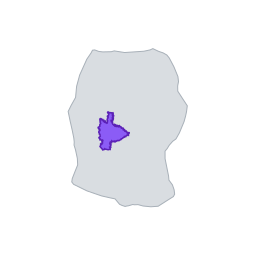 Likolobeng, Maseru, Lesotho (highlighted), rotated 317°
{"feature_id": "5366337B98429078950414", "entity_name": "Likolobeng", "entity_type": "district", "adm_level": 2, "iso_a3": "LSO", "parent_name": "Lesotho", "parent_adm1": "Maseru", "projection": "robinson", "projection_center": [27.995, -29.48], "detail": "fine", "context": "in_parent", "style": "filled", "palette": "violet", "viewbox_px": 256, "rotation_deg": 317, "n_neighbors": 0, "source": "geoboundaries", "source_scale": "gbopen_adm2", "svg_char_len": 6465}
<svg xmlns="http://www.w3.org/2000/svg" viewBox="0 0 256 256"><g transform="rotate(317 128 128)"><path d="M162.3,166.6L156.3,168.5L155.5,168.7L151.6,168.2L146.5,168.7L142.5,169.8L139.3,170.2L134.2,175.7L124.9,190.8L122.4,194.0L121.7,199.9L119.6,204.6L117.0,208.2L114.4,209.1L106.6,207.6L96.7,205.8L91.0,201.2L85.8,195.3L83.1,190.9L80.3,188.5L79.3,187.2L75.3,185.2L73.7,184.1L72.4,183.4L70.8,180.5L69.8,178.0L70.2,171.0L67.3,166.9L62.4,159.7L59.3,153.9L55.1,146.0L52.5,139.2L49.8,132.1L50.1,129.1L52.7,127.0L60.2,123.4L66.0,120.7L70.2,115.7L74.7,108.2L76.9,103.7L79.1,101.6L81.5,98.4L85.8,91.4L90.4,83.5L95.5,75.1L101.8,72.7L110.5,69.9L118.8,62.5L128.8,56.3L144.8,49.6L152.3,47.9L155.1,46.9L156.9,48.2L158.8,52.0L161.5,55.2L167.8,60.8L170.5,62.2L177.0,70.5L184.0,76.2L192.0,82.7L197.5,86.0L200.3,86.9L202.6,92.7L204.9,97.0L206.2,101.1L205.9,105.0L203.3,114.6L199.6,124.4L196.6,128.5L193.0,131.1L189.5,135.0L188.1,142.9L186.5,152.2L181.9,156.0L178.3,158.5L173.3,161.6L162.3,166.6Z" fill="#d9dde1" stroke="#a8b0b8" stroke-width="1"/><path d="M124.1,132.9L123.9,132.5L124.0,132.4L124.5,132.5L124.9,131.9L125.4,132.5L125.7,132.2L124.8,131.2L124.7,130.9L124.5,131.0L124.2,131.3L124.0,131.2L124.3,130.4L124.4,130.0L124.2,129.4L124.6,129.2L124.6,128.8L124.3,128.7L123.8,128.8L123.7,128.6L123.5,128.1L123.6,127.7L124.2,127.4L124.3,127.1L124.2,127.0L123.8,127.1L123.4,126.2L123.5,126.2L123.8,126.5L124.1,126.4L123.8,126.0L123.7,125.6L124.3,125.2L124.4,124.9L124.3,124.7L123.9,124.4L123.8,124.0L123.1,123.8L123.0,123.6L123.1,123.4L123.6,122.8L123.7,122.4L123.5,122.0L123.2,121.9L122.8,121.7L122.7,121.1L122.8,120.8L123.3,120.7L123.4,120.4L123.2,120.2L122.8,120.3L122.4,120.4L122.1,120.6L121.7,120.6L121.6,120.3L122.2,119.5L121.9,118.7L121.6,118.7L121.7,119.1L121.3,119.1L120.8,119.2L120.6,119.1L120.6,118.9L120.9,118.6L120.9,118.3L120.2,118.3L119.7,118.1L119.6,117.9L119.7,117.7L121.0,117.8L121.2,117.6L121.2,117.3L121.1,117.1L120.9,117.0L120.3,117.2L119.7,117.2L119.6,116.9L119.6,116.7L119.9,116.6L120.4,116.6L120.7,116.1L120.4,115.9L120.0,116.0L119.5,115.9L119.6,115.3L119.4,114.9L119.6,114.6L119.7,113.9L120.1,113.8L120.4,113.5L120.2,113.0L120.2,112.9L120.5,112.9L120.7,112.7L120.3,112.1L120.7,112.1L120.8,111.4L121.0,111.7L121.4,111.8L121.6,111.4L121.9,111.3L122.0,111.4L121.9,111.9L122.0,112.1L122.3,111.8L122.7,111.8L122.9,111.7L122.7,111.1L122.9,111.1L123.1,111.2L123.5,111.2L123.8,111.0L123.6,110.5L123.5,110.2L124.1,110.5L124.3,110.4L124.2,109.9L124.5,109.5L124.7,109.0L125.0,109.1L125.0,109.4L125.5,109.5L125.6,109.3L125.3,109.0L125.2,108.5L125.4,108.5L126.0,108.9L126.2,108.3L125.6,108.3L125.4,108.1L125.5,107.9L125.8,108.2L126.1,107.8L126.6,107.7L127.0,107.3L126.6,106.8L126.7,106.7L127.1,106.8L127.2,106.7L126.9,106.6L126.9,106.4L126.7,106.3L126.8,106.2L126.7,105.9L126.4,105.8L126.0,105.4L125.8,104.9L125.4,104.8L125.1,104.3L124.8,104.1L124.7,103.3L124.6,102.9L124.1,102.5L123.8,102.6L123.5,102.9L123.5,103.6L123.7,104.1L123.5,104.8L122.9,104.9L122.4,105.4L121.8,105.4L121.3,105.2L121.1,105.4L121.2,105.6L120.7,105.6L120.5,105.9L120.7,106.4L121.0,106.4L120.7,106.8L120.2,106.9L120.0,107.1L119.7,107.1L118.8,107.3L118.6,107.5L118.6,107.8L118.3,108.1L118.2,108.6L116.3,110.2L115.8,110.1L115.8,109.8L115.6,109.6L115.8,109.2L115.8,108.7L115.5,108.8L115.5,108.4L115.0,108.3L114.9,108.1L115.0,107.9L115.4,107.9L115.6,107.8L115.2,107.7L114.8,107.5L115.0,107.2L115.6,106.9L115.3,106.7L115.5,106.1L115.1,106.3L114.8,106.2L115.1,105.9L115.2,105.7L115.1,105.4L114.8,105.3L114.8,105.0L114.9,104.9L114.8,104.7L114.2,104.7L114.6,104.5L114.5,104.4L114.5,104.2L114.3,104.0L114.7,103.9L114.5,103.7L114.6,103.4L114.8,103.4L114.7,103.0L114.7,102.8L114.6,102.6L114.4,102.6L114.3,102.4L114.1,102.2L113.4,102.3L113.2,102.8L112.8,103.1L112.6,103.6L112.1,104.0L112.1,104.7L111.4,105.0L111.4,105.4L111.1,105.6L111.0,106.2L109.7,106.3L109.5,106.7L109.0,106.9L108.7,107.4L108.5,107.6L106.9,107.2L106.6,107.9L106.2,107.7L106.1,108.1L106.1,108.5L106.0,108.9L106.3,108.9L106.6,109.3L106.5,109.5L106.0,109.9L106.2,110.2L105.9,110.6L105.5,110.7L105.2,110.5L104.7,110.5L104.0,110.9L103.7,111.2L103.8,111.5L103.5,111.8L103.3,112.5L102.9,112.9L103.2,113.3L103.1,113.7L102.4,114.5L102.2,114.9L102.0,115.2L100.3,115.1L100.0,115.4L100.2,115.8L100.1,116.1L100.2,116.3L100.1,116.5L99.9,116.6L99.8,117.2L99.6,117.4L100.2,117.6L100.2,118.3L100.0,118.7L100.2,119.0L100.8,119.3L101.2,119.4L101.2,119.6L100.9,119.7L100.4,119.7L99.9,120.1L100.0,120.2L99.8,120.2L99.8,120.7L99.3,121.4L99.1,121.2L98.7,121.3L98.4,121.1L98.3,121.4L98.2,121.4L98.2,121.6L97.9,121.8L98.0,121.9L97.8,122.0L97.6,121.7L97.6,121.4L97.4,121.3L97.4,121.0L97.1,120.9L96.8,121.2L96.5,121.9L96.1,122.1L95.8,122.1L95.1,122.3L94.9,122.4L94.8,122.9L94.9,123.4L94.8,123.6L94.8,124.7L94.7,125.6L94.9,126.2L94.6,126.6L94.6,126.9L95.3,127.0L95.6,127.4L96.0,127.4L96.2,127.6L96.7,127.4L96.9,127.3L97.0,127.6L97.3,127.5L96.9,127.8L96.9,128.0L97.2,128.2L97.4,128.5L97.9,129.2L98.3,129.9L99.2,130.8L99.5,130.8L100.3,131.2L100.4,131.5L100.7,131.3L100.7,131.0L100.9,131.0L101.1,130.6L101.4,130.4L101.5,130.2L101.4,129.9L101.5,129.5L101.9,129.7L102.2,129.5L102.4,129.9L102.5,129.7L103.1,129.4L103.3,128.9L103.8,128.9L103.9,128.7L103.7,128.7L103.7,128.4L103.8,127.7L104.0,127.7L104.5,128.2L104.8,127.8L104.7,127.7L104.4,127.8L104.3,127.0L104.5,127.0L104.6,126.6L105.0,126.5L105.4,126.2L106.1,126.5L106.2,126.9L106.4,126.8L106.4,126.5L106.6,126.5L106.6,126.8L106.8,126.6L107.0,126.8L107.2,126.6L107.2,126.9L107.4,126.8L107.6,127.2L107.5,127.4L107.7,127.6L108.0,127.6L108.0,127.9L108.1,128.1L108.3,128.1L108.2,128.1L108.4,128.0L108.7,128.1L108.7,128.3L109.0,128.4L108.9,128.6L109.0,128.6L109.1,128.9L109.2,129.0L109.5,128.9L109.5,129.0L109.4,129.1L109.7,129.2L109.6,129.4L109.8,129.4L110.2,129.7L110.6,129.7L110.8,129.6L111.0,129.6L111.3,129.8L111.6,129.8L111.6,130.2L112.2,130.6L112.9,130.8L112.9,131.1L113.0,131.1L114.2,131.4L114.7,131.4L115.0,131.7L115.4,131.6L115.7,131.3L116.3,131.7L116.8,131.8L117.2,131.7L117.7,131.8L118.1,131.8L118.2,132.0L118.5,132.0L119.0,131.9L119.0,132.1L119.4,132.1L119.7,132.2L119.7,132.3L120.0,132.2L120.1,132.3L119.9,132.4L120.2,132.4L120.3,132.6L120.3,132.4L120.5,132.6L120.6,132.4L120.8,132.4L120.9,132.5L121.3,132.5L121.5,132.5L121.8,132.5L122.1,132.6L122.1,132.8L122.4,132.8L122.5,132.7L122.6,132.8L122.7,132.7L122.8,132.8L123.0,132.8L122.8,133.0L123.1,132.9L123.3,132.9L123.5,132.8L123.5,133.0L123.7,132.8L123.8,132.9L124.0,132.8L124.0,133.0L124.1,132.9Z" fill="#8b5cf6" stroke="#5b21b6" stroke-width="1.5"/></g></svg>